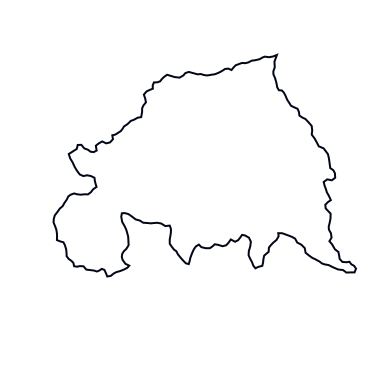 Luminárias, Minas Gerais, Brazil, rotated 165°
{"feature_id": "56859067B9784964595296", "entity_name": "Luminárias", "entity_type": "district", "adm_level": 2, "iso_a3": "BRA", "parent_name": "Brazil", "parent_adm1": "Minas Gerais", "projection": "robinson", "projection_center": [-44.912, -21.523], "detail": "fine", "context": "isolated", "style": "outline", "palette": "ink", "viewbox_px": 384, "rotation_deg": 165, "n_neighbors": 0, "source": "geoboundaries", "source_scale": "gbopen_adm2", "svg_char_len": 3834}
<svg xmlns="http://www.w3.org/2000/svg" viewBox="0 0 384 384"><g transform="rotate(165 192 192)"><path d="M50.0,168.7L49.1,173.1L49.8,176.4L52.3,179.4L51.7,183.6L51.0,189.5L50.9,193.4L52.2,196.7L53.6,200.1L57.7,203.3L58.7,207.9L59.8,212.2L61.5,216.4L59.9,220.5L59.3,224.8L61.0,228.4L63.5,233.1L66.2,235.4L68.5,238.1L68.0,241.6L68.5,245.0L70.8,246.9L74.0,249.6L75.3,253.8L76.2,256.6L76.7,260.4L77.5,264.1L78.9,266.8L81.7,267.8L82.6,271.1L82.2,275.8L82.3,280.5L82.9,284.6L82.2,287.5L79.8,291.0L78.6,296.6L74.5,302.4L78.8,301.9L82.9,302.3L86.6,303.9L89.5,303.6L92.1,302.8L96.5,302.9L100.4,303.4L103.9,302.6L107.0,302.6L110.3,303.7L113.7,303.4L117.0,303.1L119.7,301.5L122.2,299.6L125.1,301.8L128.2,302.3L131.1,301.3L135.2,300.3L139.5,299.8L142.5,300.2L145.1,300.4L147.7,300.8L150.5,302.1L153.0,303.7L156.1,304.2L159.9,306.4L164.0,308.8L167.6,308.6L170.2,306.8L174.4,305.7L179.0,307.5L182.2,309.5L185.7,311.7L189.2,310.4L192.0,308.8L194.1,307.2L197.1,306.9L200.4,307.7L202.4,305.0L203.1,301.9L206.0,301.6L209.9,300.9L213.3,298.5L213.0,294.5L213.3,290.5L216.4,288.3L218.5,285.8L219.5,282.2L221.7,277.5L225.4,277.8L229.3,276.8L232.8,276.5L235.3,275.0L237.6,273.9L240.6,273.0L242.6,271.1L245.1,269.2L248.4,268.2L251.2,267.3L254.3,267.4L254.7,263.4L258.4,261.1L262.3,261.2L265.7,264.1L269.7,263.0L272.9,261.6L273.4,256.7L276.6,256.0L279.5,257.1L281.6,259.8L284.7,261.9L286.7,266.2L290.2,267.0L292.2,263.4L294.9,262.6L298.2,261.5L301.2,260.6L301.0,256.1L299.7,251.7L298.8,246.4L297.5,242.0L295.9,238.0L292.8,235.5L289.0,235.3L285.7,233.7L282.5,231.0L283.0,227.5L283.0,224.5L282.9,221.6L286.8,220.2L289.8,217.9L293.2,216.6L296.3,217.6L299.8,218.1L303.3,219.4L306.2,221.1L309.9,220.8L312.7,219.7L314.9,217.1L318.2,214.3L320.6,211.8L324.0,210.2L327.1,207.6L330.6,204.9L332.5,201.7L333.6,198.4L333.1,194.4L332.8,191.0L333.1,187.4L333.8,184.2L334.9,180.5L331.8,178.2L329.2,176.7L328.5,173.4L328.4,168.9L329.0,165.5L329.7,162.4L328.4,159.2L326.3,156.7L324.9,154.2L325.1,150.8L322.1,149.5L319.6,149.5L316.0,148.3L314.2,144.4L310.2,142.8L307.0,141.5L304.4,139.8L301.9,140.1L299.1,141.1L296.8,139.5L296.1,135.6L295.7,132.3L292.2,132.0L288.6,133.6L285.6,134.2L282.3,134.2L277.9,134.7L274.1,135.5L271.7,137.1L274.9,139.9L276.6,144.4L276.6,147.5L275.4,150.3L273.2,152.4L270.1,154.1L267.0,157.0L266.1,161.1L265.2,165.5L265.2,169.9L265.3,173.1L266.0,176.7L267.2,181.3L266.7,186.6L265.2,189.6L262.3,189.0L259.1,187.1L256.5,184.0L253.5,180.1L249.9,178.0L247.0,174.9L242.8,173.5L240.0,172.4L237.5,172.0L233.7,171.3L230.0,169.6L226.6,166.0L222.2,165.3L221.9,161.6L223.0,158.0L224.4,154.9L225.8,151.9L226.9,147.7L225.5,143.9L224.3,141.0L222.5,138.9L221.7,135.3L220.0,131.5L218.2,127.9L216.4,124.7L213.8,123.2L212.0,126.1L210.8,128.6L207.9,132.7L205.3,135.9L202.4,138.4L199.0,139.4L197.2,136.3L193.4,134.2L189.3,133.1L186.2,134.2L183.5,135.6L180.3,134.1L176.5,131.7L172.8,131.7L169.9,133.5L166.8,136.1L163.3,132.8L159.9,133.5L157.5,135.3L154.7,137.6L152.0,136.3L148.8,133.1L148.0,128.7L149.9,124.2L152.4,120.2L153.7,116.2L153.1,112.4L152.2,108.8L151.8,104.9L150.5,101.9L147.2,102.5L143.2,102.5L141.5,105.7L140.4,108.6L138.8,111.8L136.3,113.1L133.5,114.3L132.0,118.5L129.2,120.5L126.5,122.1L122.8,123.8L119.8,126.8L119.3,129.9L115.5,128.8L112.5,126.7L110.1,125.0L107.2,122.9L104.5,120.3L103.4,115.9L100.1,112.9L97.6,108.6L98.0,103.9L95.5,100.5L93.0,97.4L90.3,95.1L87.0,92.0L84.9,89.3L82.7,87.8L79.0,86.1L75.4,82.9L71.0,79.4L66.3,77.5L63.7,74.2L59.6,73.3L55.8,72.3L53.4,75.5L54.5,78.7L56.8,80.9L58.0,83.9L60.7,84.1L64.8,85.5L66.7,89.1L66.3,92.7L66.1,96.2L68.8,99.7L70.2,105.1L72.0,108.9L69.0,111.8L68.5,116.3L69.5,120.1L68.9,123.2L67.1,126.4L65.1,130.5L63.7,135.2L65.5,138.5L67.1,141.5L66.6,145.1L63.5,147.0L60.0,148.2L60.8,153.0L61.8,156.7L61.9,160.1L62.3,163.7L62.2,167.6L58.1,169.2L53.9,167.1L50.0,168.7Z" fill="none" stroke="#020617" stroke-width="2"/></g></svg>